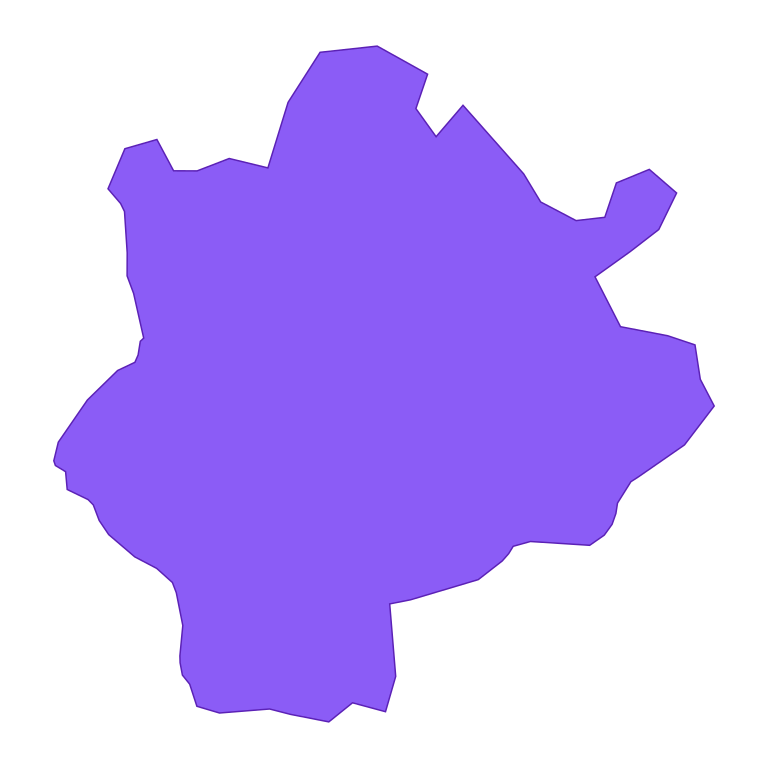 map outline of Talsi (Albers equal-area conic projection)
{"feature_id": "LVA-1091", "entity_name": "Talsi", "entity_type": "Municipality", "adm_level": 1, "iso_a3": "LVA", "parent_name": "Latvia", "parent_adm1": "", "projection": "albers", "projection_center": [22.585, 57.256], "detail": "fine", "context": "isolated", "style": "filled", "palette": "violet", "viewbox_px": 768, "rotation_deg": 0, "n_neighbors": 0, "source": "natural_earth", "source_scale": "10m", "svg_char_len": 1104}
<svg xmlns="http://www.w3.org/2000/svg" viewBox="0 0 768 768"><path d="M649.3,169.4L676.6,193.0L658.8,229.5L630.2,251.6L595.0,276.8L620.5,326.7L667.9,335.8L695.0,344.9L700.3,379.3L714.2,406.0L684.5,444.9L638.5,476.8L630.9,481.7L617.5,503.1L615.9,513.5L612.1,524.3L604.3,535.1L589.7,545.3L530.4,541.5L513.2,546.3L508.7,553.6L502.3,560.9L478.3,579.6L410.5,599.8L389.7,603.9L395.7,676.4L385.5,711.7L352.5,702.8L328.8,721.9L290.6,714.4L269.6,709.0L219.5,713.0L196.9,706.3L189.7,684.2L182.4,675.1L180.1,662.8L179.9,655.9L182.8,625.5L176.3,592.7L172.4,582.5L156.7,568.4L134.8,556.9L108.7,534.6L99.2,520.5L93.3,504.9L88.1,499.6L67.2,489.5L65.6,471.7L55.4,465.5L53.8,460.8L58.3,442.2L87.4,400.0L117.6,370.5L134.9,362.3L138.1,355.0L140.3,341.3L143.7,338.1L133.6,293.4L127.1,275.9L127.2,252.8L124.5,211.5L120.6,203.5L108.0,188.8L124.9,148.7L156.9,139.5L173.6,170.8L197.1,170.9L229.2,158.5L267.9,167.9L288.1,102.3L320.1,52.3L377.2,46.1L427.6,74.2L415.9,108.6L436.1,136.7L463.0,105.3L523.7,173.9L540.7,202.0L576.1,220.6L604.8,217.3L616.4,182.9L649.3,169.4Z" fill="#8b5cf6" stroke="#5b21b6" stroke-width="1.5"/></svg>